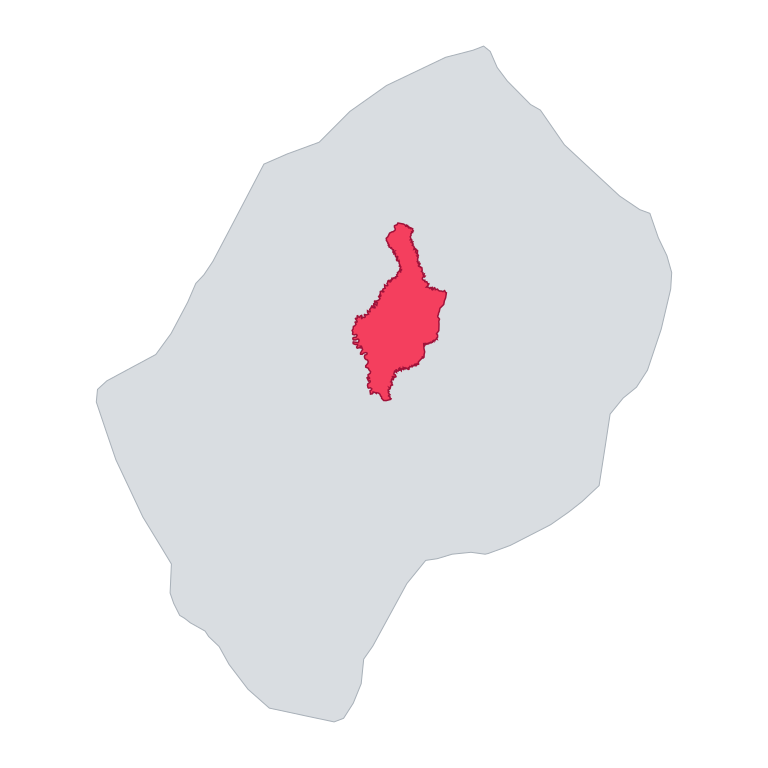 Tenesolo, Thaba-Tseka, Lesotho (highlighted)
{"feature_id": "5366337B90416114409115", "entity_name": "Tenesolo", "entity_type": "district", "adm_level": 2, "iso_a3": "LSO", "parent_name": "Lesotho", "parent_adm1": "Thaba-Tseka", "projection": "equal_earth", "projection_center": [28.295, -29.389], "detail": "fine", "context": "in_parent", "style": "filled", "palette": "rose", "viewbox_px": 768, "rotation_deg": 0, "n_neighbors": 0, "source": "geoboundaries", "source_scale": "gbopen_adm2", "svg_char_len": 7109}
<svg xmlns="http://www.w3.org/2000/svg" viewBox="0 0 768 768"><path d="M510.3,545.4L488.2,553.5L485.1,554.2L471.0,552.3L452.1,554.2L437.2,558.7L425.7,560.4L406.9,583.5L372.8,646.1L363.7,659.1L361.2,683.7L353.3,703.1L343.6,718.3L334.1,721.9L305.7,715.9L269.3,708.1L248.0,689.3L229.1,664.5L219.1,646.5L208.7,636.6L205.1,631.1L190.3,622.8L184.7,618.4L179.7,615.4L173.7,603.4L170.1,593.0L171.4,564.0L160.9,546.6L142.9,517.1L131.5,492.9L115.9,459.8L106.2,431.4L96.3,402.0L97.5,389.4L106.9,380.8L134.4,366.0L155.8,354.5L171.1,333.5L187.7,302.2L195.8,283.4L203.9,274.8L212.8,261.5L228.3,232.1L245.5,199.3L263.9,164.1L287.3,153.9L319.2,142.2L349.9,111.4L386.5,85.5L445.6,57.3L473.1,50.2L483.6,46.1L490.2,51.4L497.2,67.5L507.3,81.0L530.5,104.5L540.4,110.1L564.4,144.8L590.0,168.6L619.6,196.0L639.7,209.6L649.9,213.4L658.3,237.7L666.9,255.7L671.7,272.6L670.7,289.0L661.2,329.2L647.5,370.1L636.5,387.2L623.2,398.0L610.1,414.1L605.1,447.0L599.1,485.6L582.1,501.5L568.9,511.9L550.6,524.7L510.3,545.4Z" fill="#d9dde1" stroke="#a8b0b8" stroke-width="1"/><path d="M437.6,337.2L437.6,335.0L436.5,333.8L438.8,330.7L439.0,324.1L438.8,321.3L439.5,319.1L437.8,316.9L437.7,315.9L438.4,314.6L438.5,313.2L439.3,311.5L439.9,308.3L443.7,304.5L444.4,300.8L445.6,297.9L446.4,292.8L445.7,292.6L444.6,290.6L443.0,291.6L441.2,291.0L439.6,291.0L438.4,290.4L437.5,289.1L435.3,289.7L435.0,288.1L434.3,287.7L433.0,289.6L432.3,289.9L431.9,289.5L432.6,288.1L432.2,287.3L431.8,287.5L432.1,288.3L431.6,288.7L430.6,287.6L429.7,288.4L428.6,287.2L426.4,287.1L428.7,284.6L428.8,283.7L427.7,283.8L426.8,281.7L425.3,281.9L424.7,281.5L424.9,280.3L423.4,280.2L422.5,279.5L422.3,278.4L422.7,277.4L423.4,276.9L424.5,277.0L425.1,276.1L423.5,275.9L423.3,275.0L424.0,274.7L424.2,274.0L423.4,274.3L422.9,273.9L422.9,272.5L421.5,271.4L422.2,270.4L421.9,267.8L421.5,267.4L420.5,267.5L420.4,266.8L418.7,266.3L418.4,265.9L419.7,264.6L419.9,263.7L418.6,264.0L418.2,263.5L419.0,262.7L419.0,262.0L417.6,262.1L417.2,261.6L417.8,260.5L417.5,259.0L418.1,257.5L417.1,256.1L418.1,256.2L418.4,255.7L417.6,254.1L416.5,253.6L416.3,252.9L417.4,252.7L417.6,250.7L416.9,250.1L415.8,251.1L416.1,249.6L415.9,249.1L414.1,249.4L414.8,248.4L414.1,248.2L414.3,247.4L413.6,246.1L412.3,245.2L413.2,244.1L412.2,243.1L412.8,241.9L411.2,242.0L411.9,240.1L411.5,239.7L410.3,239.7L410.9,238.7L410.2,236.8L411.1,235.2L410.8,233.9L411.6,233.2L411.6,231.9L412.6,232.3L412.7,231.5L413.3,230.9L412.4,229.7L412.7,228.8L410.7,227.8L410.3,228.4L409.7,227.6L408.9,227.8L408.9,227.2L408.5,227.3L408.4,226.5L407.7,226.6L407.5,225.6L406.6,226.1L406.4,225.3L405.6,226.0L405.3,225.2L403.7,224.1L397.9,223.0L397.1,224.6L394.5,225.7L394.4,227.0L395.3,228.9L395.1,230.1L393.2,231.7L392.1,231.8L389.6,233.1L387.9,236.7L386.2,238.3L386.5,239.1L386.3,240.2L388.0,243.0L387.9,243.6L388.5,244.1L388.5,244.8L388.9,245.0L388.4,245.5L389.1,246.0L389.0,246.9L390.4,247.6L390.8,248.2L391.5,247.8L392.3,249.6L393.3,249.7L393.0,251.5L394.5,251.2L393.2,252.5L393.6,253.0L394.6,252.8L394.1,254.0L395.5,253.9L395.3,255.1L395.6,256.6L396.3,257.0L397.2,256.4L397.7,256.6L397.5,257.8L396.8,257.9L397.5,259.0L397.2,259.4L396.5,259.3L396.5,260.0L396.8,260.6L397.5,260.5L398.2,261.2L398.9,260.5L399.3,261.9L399.1,263.0L400.2,265.8L399.5,265.6L399.3,266.2L400.8,267.0L399.8,269.1L400.2,269.7L401.5,269.5L401.5,270.0L400.5,270.9L400.7,271.9L400.4,272.0L399.6,270.5L398.2,272.2L397.5,272.5L397.8,273.7L396.6,274.9L397.4,276.3L396.0,276.7L395.7,277.9L395.2,277.2L394.1,278.2L393.3,277.9L392.6,279.0L392.2,278.3L391.8,278.3L391.9,279.6L390.3,280.2L391.2,280.9L390.5,281.9L389.6,281.8L388.5,280.5L387.9,281.0L387.5,282.9L387.0,283.4L387.8,285.2L387.6,285.7L385.8,285.6L384.6,284.9L384.7,287.0L385.2,288.2L383.1,288.9L382.5,290.4L383.7,291.7L383.0,292.0L381.4,291.1L380.3,291.5L380.3,293.5L379.6,295.3L379.9,295.6L380.7,295.2L380.9,295.9L380.2,296.5L379.1,296.0L378.6,296.5L380.0,298.7L378.5,300.3L377.0,300.7L376.2,302.3L375.8,302.2L375.5,301.1L374.6,301.1L374.5,302.0L375.2,302.9L377.3,302.8L376.8,305.4L374.1,303.7L373.7,303.8L373.9,305.8L375.1,307.2L374.9,307.9L372.7,307.5L373.0,306.1L371.8,305.9L370.9,308.0L369.7,309.4L370.2,311.6L369.5,311.8L367.5,310.7L367.5,312.1L368.5,314.2L366.4,314.9L364.5,314.5L364.3,315.0L365.2,316.5L365.1,317.1L364.5,317.5L363.0,317.2L361.8,318.5L361.4,318.0L361.8,315.9L361.6,315.4L360.4,315.9L359.4,317.3L358.3,316.9L357.7,315.7L357.2,315.9L357.1,318.5L355.7,318.3L355.4,318.7L357.1,321.3L357.1,321.9L356.3,322.2L355.3,321.9L355.1,322.2L356.0,324.3L354.7,325.9L353.4,326.4L353.1,329.1L352.1,330.4L352.9,332.2L352.5,334.0L352.8,334.4L354.3,334.9L356.1,334.4L356.9,334.9L357.1,335.5L356.0,337.3L354.0,337.3L353.0,337.9L352.8,338.9L353.4,339.9L355.7,339.9L357.9,339.0L358.7,339.4L359.0,340.2L358.7,341.7L358.0,342.6L353.3,341.9L353.0,342.9L353.3,343.7L355.3,344.5L357.6,344.6L357.7,345.6L356.6,347.0L356.8,347.8L357.5,348.2L359.2,347.7L360.6,347.9L360.2,346.1L361.4,346.2L362.6,349.4L360.5,353.0L360.6,354.2L362.2,354.3L363.4,353.2L364.9,352.7L366.1,352.6L367.2,353.2L366.8,354.4L364.8,355.1L364.4,356.8L364.9,358.5L366.1,359.6L367.5,360.0L368.2,361.7L367.8,363.4L365.7,365.8L365.7,367.1L368.4,368.3L368.9,369.7L370.6,371.7L370.2,373.3L368.0,374.8L368.4,376.8L369.5,377.9L369.5,378.4L368.6,378.7L367.5,377.4L367.0,377.8L368.5,381.1L369.9,380.6L370.3,381.3L369.9,382.3L367.9,383.8L367.5,385.2L367.9,387.4L368.4,388.1L370.5,387.8L371.8,388.8L371.5,389.8L370.0,390.8L370.5,394.1L372.3,393.8L373.0,393.0L373.1,392.0L375.1,392.5L376.3,393.4L376.5,392.7L377.7,392.9L378.7,393.2L380.0,394.3L380.6,396.0L381.5,396.7L381.6,398.3L383.7,400.5L386.2,400.6L390.7,399.4L391.0,398.8L390.2,398.7L390.0,396.9L388.5,395.9L388.8,395.3L390.0,394.8L388.5,393.1L388.3,392.0L389.0,391.7L388.3,390.9L388.1,390.0L388.5,389.5L389.3,389.5L389.8,388.8L389.2,387.7L390.2,388.3L390.8,385.5L392.5,385.0L392.4,384.4L391.8,383.9L392.0,382.4L390.9,381.9L391.5,381.5L391.4,379.9L392.0,378.8L392.5,378.9L393.1,379.8L393.4,379.5L393.6,377.4L392.5,377.2L392.4,376.6L393.8,376.4L394.5,377.4L396.0,376.7L395.3,374.9L393.8,374.0L394.6,371.1L395.6,371.1L396.0,372.2L396.4,372.4L396.0,371.0L396.1,369.8L396.6,369.8L397.2,371.0L398.0,371.2L398.5,370.1L399.4,370.2L399.6,369.4L399.0,369.1L398.9,368.5L399.6,368.0L399.5,369.0L400.8,368.7L400.9,370.4L401.3,370.8L401.5,369.2L402.1,368.9L402.8,369.2L403.1,367.8L403.7,369.0L404.2,367.7L404.7,367.9L405.1,368.9L405.9,367.8L407.1,368.9L408.1,368.1L408.3,369.4L408.7,369.4L409.2,368.9L408.6,367.8L409.7,367.1L409.8,366.5L411.0,366.9L411.9,365.6L412.4,366.6L414.5,364.6L414.6,365.6L415.5,365.7L415.1,364.9L415.5,364.2L416.1,364.1L416.6,364.8L417.1,363.8L417.6,364.5L418.6,364.2L418.4,361.9L422.3,357.8L422.2,356.4L423.1,358.0L424.0,357.2L424.1,354.6L424.7,351.9L423.9,348.3L423.7,343.7L424.1,343.8L424.1,344.2L424.7,343.7L424.9,344.5L425.1,343.8L425.7,344.4L426.1,343.6L426.6,344.1L427.1,343.7L427.8,344.1L428.0,344.0L427.7,343.6L428.3,343.1L429.0,343.5L429.8,342.6L430.8,343.0L431.1,342.2L431.5,342.6L432.4,342.3L432.9,341.0L433.7,341.4L433.6,340.9L433.9,340.3L434.9,340.7L435.1,340.0L436.1,339.3L436.4,338.6L437.0,339.0L436.7,338.1L437.6,337.2Z" fill="#f43f5e" stroke="#9f1239" stroke-width="1.5"/></svg>